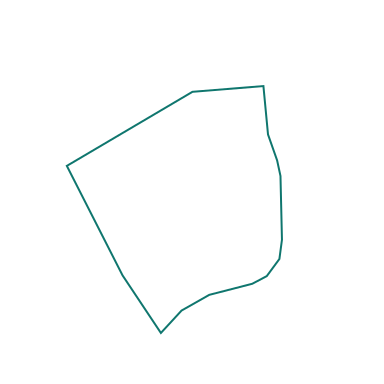 Maputo, Natural Earth projection, rotated 311°
{"feature_id": "MOZ-5854", "entity_name": "Maputo", "entity_type": "Province", "adm_level": 1, "iso_a3": "MOZ", "parent_name": "Mozambique", "parent_adm1": "", "projection": "natural_earth1", "projection_center": [32.591, -25.918], "detail": "fine", "context": "isolated", "style": "outline", "palette": "teal", "viewbox_px": 384, "rotation_deg": 311, "n_neighbors": 0, "source": "natural_earth", "source_scale": "10m", "svg_char_len": 342}
<svg xmlns="http://www.w3.org/2000/svg" viewBox="0 0 384 384"><g transform="rotate(311 192 192)"><path d="M318.8,176.4L285.3,211.6L271.7,235.5L262.1,248.3L215.0,291.2L198.8,301.9L177.6,303.6L162.3,297.7L125.7,272.5L95.7,261.9L65.2,261.0L83.5,194.3L129.6,80.4L267.9,126.6L318.8,176.4Z" fill="none" stroke="#0f766e" stroke-width="2"/></g></svg>